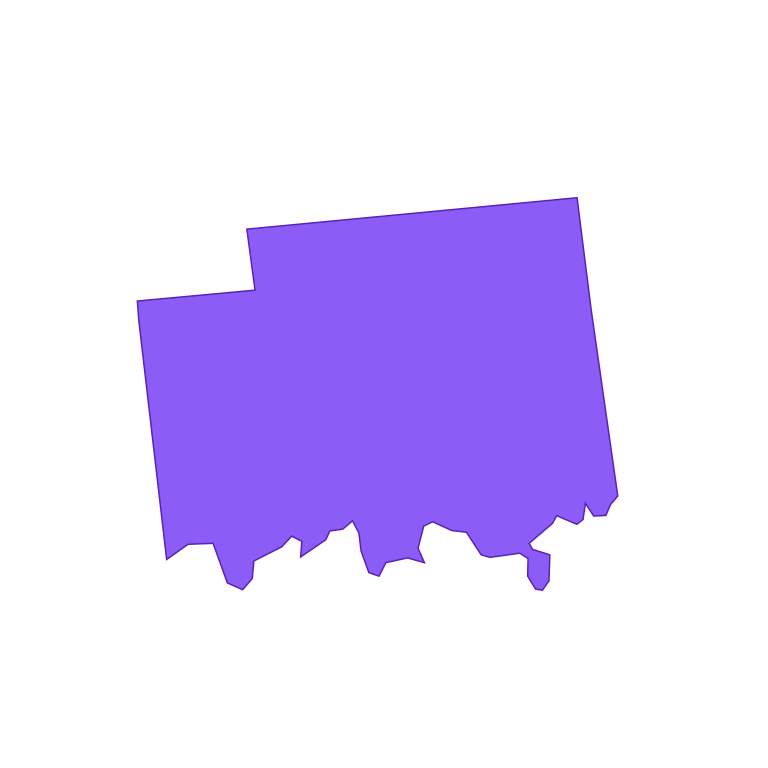 Bosque, Texas, United States of America (Natural Earth projection), rotated 114°
{"feature_id": "52423323B51528806968962", "entity_name": "Bosque", "entity_type": "district", "adm_level": 2, "iso_a3": "USA", "parent_name": "United States of America", "parent_adm1": "Texas", "projection": "natural_earth1", "projection_center": [-97.489, 31.898], "detail": "fine", "context": "isolated", "style": "filled", "palette": "violet", "viewbox_px": 768, "rotation_deg": 114, "n_neighbors": 0, "source": "geoboundaries", "source_scale": "gbopen_adm2", "svg_char_len": 819}
<svg xmlns="http://www.w3.org/2000/svg" viewBox="0 0 768 768"><g transform="rotate(114 384 384)"><path d="M298.3,572.3L350.7,540.0L408.5,643.1L425.6,633.9L632.7,511.2L610.1,497.8L599.1,475.3L629.5,446.1L629.4,429.5L615.3,425.2L598.6,430.9L574.5,411.3L560.5,406.4L561.2,395.1L575.9,389.8L549.9,373.8L540.3,373.7L533.3,362.6L521.8,357.1L530.4,346.3L545.9,337.0L562.5,321.1L561.6,310.4L546.4,309.6L533.3,291.7L530.8,274.4L520.1,286.2L497.6,289.9L490.1,283.6L490.3,262.4L485.9,248.4L500.5,225.8L499.3,216.7L483.3,191.1L484.9,181.4L501.1,174.6L509.7,162.2L508.0,155.4L496.8,153.2L472.6,163.0L474.7,181.0L470.5,186.6L442.8,173.4L434.1,172.7L433.7,150.7L426.8,147.1L411.2,151.4L419.3,138.7L413.9,127.9L402.0,128.0L391.2,124.9L231.3,225.3L135.3,283.4L298.3,572.3Z" fill="#8b5cf6" stroke="#5b21b6" stroke-width="1.5"/></g></svg>